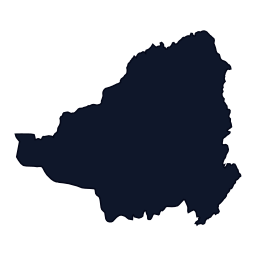 the district of Aiuaba, Ceará, Brazil
{"feature_id": "56859067B38072225425515", "entity_name": "Aiuaba", "entity_type": "district", "adm_level": 2, "iso_a3": "BRA", "parent_name": "Brazil", "parent_adm1": "Ceará", "projection": "equal_earth", "projection_center": [-40.267, -6.585], "detail": "fine", "context": "isolated", "style": "filled", "palette": "ink", "viewbox_px": 256, "rotation_deg": 0, "n_neighbors": 0, "source": "geoboundaries", "source_scale": "gbopen_adm2", "svg_char_len": 5501}
<svg xmlns="http://www.w3.org/2000/svg" viewBox="0 0 256 256"><path d="M126.7,217.4L128.7,218.9L131.2,219.3L132.4,219.5L132.7,215.6L133.4,214.9L134.7,216.8L138.9,217.9L141.4,217.1L142.7,216.0L142.9,214.4L143.4,212.6L143.9,211.6L144.7,210.6L146.0,210.8L146.9,214.2L147.6,215.4L147.9,218.9L148.8,219.4L150.4,219.3L151.5,217.9L152.8,214.9L153.5,213.9L154.7,213.8L158.6,214.7L159.3,214.0L159.5,212.6L160.8,210.4L162.5,210.6L164.4,208.7L165.4,206.9L167.1,206.3L171.9,206.5L174.9,206.3L177.6,205.6L179.2,204.2L183.6,199.5L184.9,199.8L187.3,205.2L187.9,206.8L188.0,208.1L187.9,211.2L188.3,212.5L189.7,211.8L190.6,211.2L191.7,210.6L193.8,209.7L194.7,210.2L195.6,211.3L196.3,212.6L197.0,216.7L198.5,216.5L199.7,217.9L198.7,218.8L199.0,220.3L198.1,220.7L196.1,222.1L195.4,223.4L196.6,223.5L197.1,224.9L198.0,224.0L199.4,223.7L201.0,223.3L202.9,224.1L204.0,223.6L204.7,222.9L205.2,220.8L206.0,219.6L206.8,218.4L207.9,218.7L208.5,217.8L209.5,217.5L210.7,216.8L211.8,215.2L213.0,213.9L213.9,213.1L214.7,213.1L215.5,214.3L216.7,213.4L218.2,212.9L219.1,211.4L218.3,209.4L217.7,207.9L218.2,206.5L218.2,204.7L219.1,203.9L219.9,203.3L220.9,202.3L222.1,201.0L222.8,200.2L223.4,199.2L224.2,198.4L224.9,197.8L225.6,196.8L226.2,195.9L226.4,194.7L226.7,193.6L227.7,192.7L228.7,191.7L229.4,190.7L229.6,189.0L230.8,188.7L231.6,188.3L232.4,187.0L232.9,186.0L233.5,184.4L234.5,183.4L235.3,182.7L235.3,181.5L236.1,179.9L237.3,179.4L238.5,178.2L239.5,176.6L240.5,176.4L240.6,175.3L240.0,174.1L239.1,173.6L238.4,172.4L237.9,170.0L237.0,168.8L235.8,166.0L234.8,164.3L233.3,164.0L231.8,165.2L230.7,165.3L230.0,163.9L227.4,163.9L226.7,165.8L224.9,167.9L223.7,166.8L224.5,164.7L223.6,165.1L222.8,164.6L222.7,162.9L223.1,161.6L224.0,159.1L224.8,158.3L225.5,156.8L226.0,154.7L227.9,151.4L228.3,149.4L227.9,147.8L227.4,145.7L226.2,144.8L225.3,144.6L224.3,144.9L222.6,144.8L222.0,143.5L222.7,138.8L223.7,137.7L225.0,136.9L226.9,135.1L228.1,134.4L229.6,133.2L230.0,132.1L229.0,131.7L227.6,131.4L227.2,130.1L228.1,129.3L228.9,128.7L230.2,127.9L231.5,126.8L231.2,125.0L231.0,123.8L230.2,121.6L230.3,118.9L228.9,117.4L228.7,116.1L229.2,114.1L229.9,112.6L230.0,110.5L229.2,109.6L227.2,109.3L226.8,106.0L225.8,104.7L224.8,103.0L223.8,102.1L223.7,100.6L224.1,98.9L223.0,97.7L222.1,96.2L221.9,94.6L221.7,93.5L222.5,92.3L222.9,91.2L222.3,90.3L222.0,88.9L223.0,87.5L222.6,85.7L223.1,83.9L224.0,82.5L225.1,81.4L224.4,79.8L224.1,78.4L224.6,76.5L224.3,75.3L224.8,74.3L225.1,73.0L225.9,71.3L226.7,69.8L228.0,68.8L229.2,69.3L230.8,68.9L230.4,66.8L229.3,65.1L228.2,64.7L227.4,63.8L226.5,62.8L225.3,61.8L223.9,61.1L222.3,60.6L221.0,59.6L220.2,58.2L219.6,55.9L219.2,54.6L218.4,54.0L217.5,53.7L216.5,52.4L215.9,50.7L215.6,49.1L215.2,47.5L214.6,45.8L213.7,43.3L214.0,41.7L214.2,40.2L213.8,38.8L212.5,37.7L211.7,37.0L210.6,35.9L209.6,35.3L208.9,34.3L207.9,33.4L207.0,32.3L205.9,31.6L204.5,31.1L203.1,31.1L201.8,31.5L200.6,32.2L199.4,31.9L198.0,31.9L197.2,32.6L196.2,32.7L195.3,34.0L195.3,35.6L194.3,36.1L192.9,35.4L192.3,33.6L191.1,33.4L190.6,34.6L189.8,36.3L188.5,35.9L187.3,36.1L186.1,36.7L185.3,37.2L184.4,37.7L183.4,37.5L182.5,38.1L181.8,39.0L180.7,40.0L179.4,41.0L178.4,42.1L177.9,43.1L176.2,44.3L174.8,44.0L173.8,42.6L172.6,43.0L172.2,44.3L171.2,45.8L170.1,47.1L168.5,47.3L167.5,47.8L166.8,49.1L165.7,49.1L164.9,47.5L163.6,47.3L163.5,46.0L163.4,44.5L162.4,43.2L161.5,42.5L160.3,43.1L160.9,44.8L159.8,46.4L158.5,46.3L157.5,46.6L156.3,47.3L155.3,46.8L154.1,45.7L152.8,44.4L152.0,45.7L151.3,46.9L150.3,47.9L149.4,48.9L148.3,49.5L147.3,50.0L146.3,50.3L145.8,51.4L145.6,53.3L144.3,52.1L142.9,51.9L141.8,52.6L140.5,53.2L139.4,53.2L138.0,54.3L137.1,55.6L136.3,57.7L135.3,57.1L134.2,56.2L133.5,57.6L132.3,58.7L131.6,60.0L130.6,61.0L130.0,62.3L129.0,63.1L128.2,64.1L127.8,66.1L126.9,67.8L127.3,69.8L127.2,71.8L126.9,73.5L125.9,74.7L124.8,75.6L124.2,76.7L122.8,78.0L121.4,79.0L120.6,80.5L120.5,82.3L119.4,83.2L118.1,83.8L116.8,84.2L115.1,85.1L114.1,85.5L112.8,86.2L111.7,86.6L110.7,87.0L109.8,87.4L108.3,87.8L107.1,88.2L105.8,88.5L104.6,89.4L103.8,90.5L103.1,92.1L103.0,93.7L103.2,95.3L103.0,96.9L102.6,98.0L102.2,99.3L101.6,100.8L101.5,103.1L100.2,104.4L98.9,104.8L98.0,105.0L97.0,105.2L95.4,104.9L93.8,104.6L92.5,104.7L91.6,105.0L89.8,105.9L88.2,105.9L87.4,106.6L86.3,107.0L84.9,107.4L83.9,107.6L82.5,108.3L81.3,108.4L79.6,108.5L78.4,109.1L77.2,110.5L75.2,112.5L74.0,113.2L72.7,113.2L71.3,113.6L70.3,113.3L69.4,112.9L68.5,112.4L67.6,112.2L66.2,112.4L64.8,112.7L63.8,112.9L63.0,113.9L62.7,115.4L61.8,116.4L60.8,116.9L60.1,118.6L60.5,120.0L60.5,121.5L60.4,123.2L59.7,125.2L58.8,126.7L58.0,128.2L57.8,130.2L57.5,131.6L56.6,132.7L55.1,133.7L54.5,134.8L53.7,135.7L53.5,137.3L51.8,136.4L50.2,136.1L48.8,135.9L46.2,136.4L44.6,136.7L43.2,136.6L42.5,137.3L42.0,138.6L41.4,139.4L40.4,139.6L39.5,139.2L38.7,138.8L37.5,138.9L36.6,139.4L35.2,139.6L34.5,136.2L34.0,134.7L30.7,134.2L21.3,134.1L15.4,134.2L16.1,136.6L16.7,137.7L19.7,141.5L19.4,142.9L16.7,156.9L18.5,160.0L21.0,163.4L23.4,165.3L26.3,165.8L34.0,166.1L37.1,166.5L38.9,166.3L41.6,166.3L43.1,168.1L44.8,171.4L47.0,174.7L51.0,178.7L51.9,179.4L53.8,180.7L56.2,181.7L57.3,181.7L59.2,182.2L63.2,182.6L67.5,183.3L68.9,183.5L72.1,184.4L77.0,185.7L82.0,187.6L85.0,188.0L89.5,188.2L94.3,188.6L95.2,189.4L95.8,193.5L96.8,195.0L98.9,196.5L99.5,197.3L100.0,198.8L100.4,200.9L101.2,207.4L101.9,209.4L103.0,210.6L104.9,212.4L105.9,218.8L106.8,220.4L107.9,221.3L109.3,221.7L111.3,221.7L112.6,221.2L116.5,217.1L119.2,215.3L121.1,214.9L123.2,215.4L125.5,216.3L126.7,217.4Z" fill="#0f172a" stroke="#020617" stroke-width="1.5"/></svg>